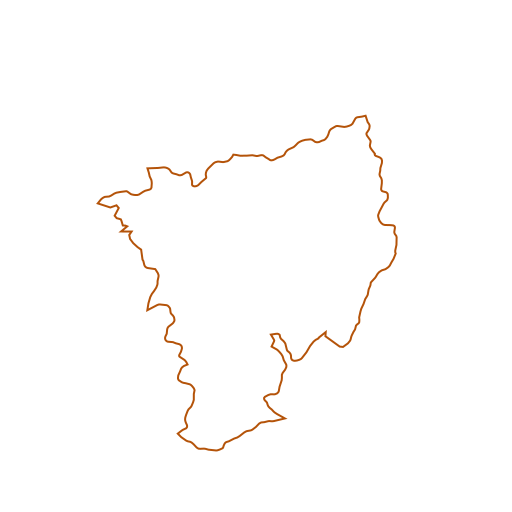 the District of Pomoravski, rotated 320°
{"feature_id": "SRB-832", "entity_name": "Pomoravski", "entity_type": "District", "adm_level": 1, "iso_a3": "SRB", "parent_name": "Republic of Serbia", "parent_adm1": "", "projection": "robinson", "projection_center": [21.332, 43.988], "detail": "fine", "context": "isolated", "style": "outline", "palette": "amber", "viewbox_px": 512, "rotation_deg": 320, "n_neighbors": 0, "source": "natural_earth", "source_scale": "10m", "svg_char_len": 6142}
<svg xmlns="http://www.w3.org/2000/svg" viewBox="0 0 512 512"><g transform="rotate(320 256 256)"><path d="M100.5,379.4L95.1,373.8L93.4,371.3L92.3,370.1L89.4,367.9L88.1,366.6L87.6,365.2L87.4,364.0L87.2,360.1L86.8,357.6L86.2,356.1L84.7,354.2L83.9,352.7L82.3,346.7L81.9,341.8L87.0,342.0L88.5,342.2L91.8,343.1L93.2,342.7L94.0,341.9L94.4,341.2L95.2,338.4L95.9,336.7L96.8,335.4L98.1,334.2L100.3,332.8L103.9,330.8L105.7,330.1L109.1,329.8L110.3,329.4L113.8,327.6L115.9,326.2L119.7,321.7L122.7,319.3L123.2,317.9L123.4,316.7L123.4,314.1L123.2,312.8L122.8,311.7L120.3,308.2L118.8,306.4L118.0,305.0L117.0,301.6L117.1,300.7L117.5,299.7L118.2,298.9L119.7,297.5L123.7,295.6L126.0,294.3L126.9,294.0L127.9,293.8L130.1,293.9L133.8,295.1L134.4,292.6L134.5,290.5L134.3,289.3L132.8,284.3L132.7,283.7L132.9,283.1L133.6,282.5L137.0,281.1L139.6,279.4L140.2,278.8L141.0,277.4L141.1,276.4L141.0,275.4L140.4,274.0L138.5,271.4L137.0,268.6L133.5,265.1L133.1,264.5L132.8,263.7L132.7,262.7L132.8,261.8L133.3,260.8L134.0,260.0L134.9,259.4L137.6,258.2L140.8,255.1L141.8,254.4L143.4,253.9L148.5,254.1L149.6,254.0L151.1,253.5L151.8,253.2L152.5,252.5L153.8,250.3L154.1,248.3L153.9,245.9L154.0,245.0L154.5,244.0L156.3,241.2L156.6,240.2L156.6,238.1L156.4,237.1L155.8,236.1L151.3,231.4L150.4,230.7L148.9,230.1L137.9,227.7L143.2,223.1L148.6,219.5L151.9,218.1L155.4,217.3L159.3,216.1L161.8,214.7L162.7,214.0L164.5,211.9L168.0,209.2L168.6,208.6L169.1,207.9L169.8,206.0L170.4,201.3L165.5,195.8L164.9,195.0L164.5,194.0L164.3,192.8L164.5,191.6L164.9,190.6L166.4,187.6L166.6,186.9L166.7,185.9L172.1,177.3L171.0,173.2L170.2,167.2L170.5,162.0L172.4,158.4L176.4,157.3L168.4,150.5L176.4,150.5L175.5,148.8L173.6,147.0L175.4,142.9L176.0,141.1L175.3,139.9L173.6,137.5L173.6,134.3L181.7,131.0L181.7,127.5L175.6,125.2L168.6,114.0L173.7,113.0L175.6,113.0L177.0,113.2L178.3,113.6L181.7,116.0L183.9,116.6L187.6,117.1L189.8,117.8L193.5,119.9L198.0,122.8L198.5,123.2L198.9,124.1L199.9,128.1L200.5,129.1L202.0,131.0L204.3,133.0L205.9,133.7L210.9,134.3L213.1,134.8L216.9,136.6L218.0,136.9L218.7,136.9L219.9,136.4L222.9,133.3L223.9,131.9L224.7,130.5L225.7,126.7L227.5,123.2L229.2,119.1L237.7,125.7L241.9,128.5L242.9,129.4L243.7,130.3L244.6,131.8L245.1,133.2L245.3,134.2L245.0,137.6L245.2,138.6L245.7,139.6L247.7,142.4L249.0,144.7L249.9,145.5L251.2,146.2L256.3,147.1L257.2,147.7L257.8,148.4L258.1,149.2L258.2,150.1L258.1,151.1L256.7,153.8L255.5,156.8L254.9,157.9L252.9,160.2L252.6,161.0L252.8,161.8L253.4,162.9L254.0,163.4L255.4,164.2L257.3,164.6L261.7,164.2L267.8,164.2L268.2,164.0L268.8,163.2L269.7,161.5L270.3,160.9L271.2,160.0L273.1,158.9L275.6,158.3L283.2,157.7L285.1,158.0L287.4,159.1L288.3,159.9L290.7,162.5L291.7,163.3L295.2,165.1L297.0,165.3L299.1,165.1L301.5,164.7L303.8,163.8L305.8,165.9L308.4,169.1L313.7,173.4L318.0,176.5L320.7,179.8L321.7,180.5L324.1,181.7L325.3,182.5L326.0,183.3L326.3,183.9L326.9,186.7L328.0,189.8L328.4,191.4L328.8,192.1L329.4,192.7L330.8,193.5L332.6,194.0L335.6,194.5L339.6,196.2L341.7,196.7L343.2,196.5L345.3,195.6L346.8,195.3L348.3,195.2L349.8,195.4L354.1,196.6L355.3,196.8L357.6,196.7L360.4,196.4L361.6,196.4L363.6,196.8L365.6,197.4L368.4,198.7L372.8,201.7L373.8,203.2L374.7,206.7L375.8,208.1L377.5,209.2L380.5,210.0L382.6,210.9L384.2,211.1L387.2,210.5L389.5,209.4L392.3,207.6L393.9,207.1L395.1,207.0L398.9,207.6L400.8,208.0L401.5,208.4L402.3,209.1L406.6,213.9L408.6,215.1L411.2,216.2L413.0,216.7L414.9,216.7L420.4,214.6L421.6,214.5L422.7,214.8L426.7,217.3L430.1,219.0L427.6,225.2L427.4,227.6L427.1,228.6L426.6,229.5L424.8,231.1L423.8,231.7L419.5,233.0L418.9,233.7L418.4,235.1L418.0,240.4L417.8,241.3L417.3,242.1L414.3,244.5L413.7,245.5L413.3,246.4L413.0,248.5L412.8,254.1L412.2,254.5L411.9,255.3L412.1,256.3L413.7,259.1L414.4,260.8L414.5,262.4L413.8,264.0L412.2,265.7L407.8,268.6L405.9,270.6L403.7,272.3L402.9,273.1L402.3,274.4L402.0,276.7L401.6,277.8L401.0,279.0L399.2,281.1L394.8,285.2L394.4,286.1L394.3,287.2L394.8,288.2L396.6,290.7L396.8,291.4L396.9,292.3L396.8,293.0L396.2,294.0L394.4,296.2L392.8,297.3L392.1,297.5L388.8,297.6L387.3,298.0L379.4,301.2L376.3,302.9L375.6,303.4L374.8,304.6L373.6,307.3L373.3,308.4L373.1,311.0L373.3,312.3L373.6,313.5L374.3,314.6L374.8,315.2L379.0,318.9L380.8,320.8L381.2,321.8L381.2,322.6L380.7,323.5L380.0,324.2L377.9,326.0L377.2,326.7L376.8,327.5L376.5,328.4L376.4,330.6L375.8,332.0L370.7,337.8L366.2,341.3L365.1,342.6L364.6,343.9L359.5,346.6L355.5,348.0L352.4,349.3L351.2,349.5L350.0,349.6L347.5,349.4L346.4,349.2L343.3,347.9L342.1,347.7L339.7,347.5L337.4,347.9L334.3,349.0L333.1,349.3L327.5,350.0L326.8,350.2L324.9,351.9L323.9,352.5L321.2,353.8L320.2,354.5L316.7,357.5L315.1,358.2L312.0,359.2L307.5,361.9L302.7,364.1L300.3,365.7L295.6,369.3L294.1,371.4L292.6,373.0L291.8,373.4L291.0,373.5L289.5,373.4L287.9,373.6L284.7,375.9L281.9,376.8L278.5,378.3L277.2,379.0L274.6,380.9L273.4,381.4L270.3,382.0L264.2,381.6L261.9,379.2L257.6,362.1L260.5,359.1L251.5,358.9L250.9,359.3L247.8,358.6L245.1,358.6L239.6,359.7L232.7,362.2L225.6,363.7L224.5,363.8L222.6,363.4L220.2,362.4L218.3,361.2L217.5,360.3L216.9,359.1L216.8,358.2L217.3,356.7L218.7,354.9L219.4,353.5L219.6,351.5L219.2,349.5L219.1,348.5L219.4,347.6L222.1,342.1L222.3,341.1L222.4,339.0L221.9,335.5L222.2,333.9L223.4,331.7L223.4,331.3L223.0,330.1L222.5,329.4L221.5,328.6L216.9,325.8L216.0,331.4L215.7,332.4L214.9,333.0L209.7,335.4L211.8,340.9L212.1,342.2L212.3,344.9L212.3,347.5L211.9,350.0L210.3,353.7L209.5,358.0L209.2,359.0L208.5,359.9L207.6,360.7L205.2,361.8L201.3,362.7L199.5,363.6L197.5,366.0L195.8,367.7L190.0,371.3L186.8,374.0L186.0,374.5L185.1,374.7L183.8,374.8L181.9,374.2L181.2,373.8L178.3,371.3L176.1,370.4L172.3,369.6L171.0,369.9L170.5,370.5L170.1,371.3L170.0,372.3L170.2,374.6L170.1,375.5L169.2,377.6L168.8,379.2L168.9,381.3L169.4,383.7L169.5,386.3L169.7,387.8L170.5,390.5L173.7,399.0L163.5,393.9L162.0,392.9L160.1,391.0L159.2,390.4L155.5,388.6L153.2,387.0L152.5,386.7L150.6,386.4L146.1,386.9L141.6,386.7L140.0,386.3L136.5,384.3L135.7,384.0L133.5,383.6L127.7,383.4L125.0,383.0L121.9,381.8L116.1,380.5L114.0,379.6L112.9,379.3L111.5,379.5L109.5,380.4L108.0,381.4L106.9,381.8L103.6,380.9L101.4,380.0L100.5,379.4Z" fill="none" stroke="#b45309" stroke-width="2"/></g></svg>